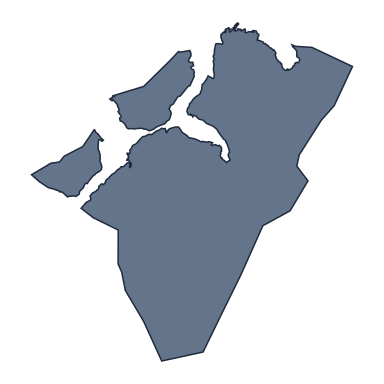 the district of Kvalsund nor, Finnmark, Norway
{"feature_id": "86288312B73614960684794", "entity_name": "Kvalsund nor", "entity_type": "district", "adm_level": 2, "iso_a3": "NOR", "parent_name": "Norway", "parent_adm1": "Finnmark", "projection": "orthographic", "projection_center": [24.169, 70.397], "detail": "fine", "context": "isolated", "style": "filled", "palette": "slate", "viewbox_px": 384, "rotation_deg": 0, "n_neighbors": 0, "source": "geoboundaries", "source_scale": "gbopen_adm2", "svg_char_len": 5815}
<svg xmlns="http://www.w3.org/2000/svg" viewBox="0 0 384 384"><path d="M292.0,44.9L292.9,46.9L295.7,49.5L296.8,51.8L296.8,56.7L299.0,58.1L299.8,59.7L299.3,60.6L299.1,61.9L298.1,62.8L297.5,62.4L296.1,62.5L294.7,63.6L294.3,65.5L292.9,66.3L292.6,67.5L291.3,68.7L289.0,70.0L288.5,69.7L288.5,70.0L287.9,70.0L287.3,69.3L288.4,69.1L287.9,69.0L287.2,69.2L287.8,70.1L285.3,70.4L282.9,68.5L281.8,65.7L281.7,65.0L281.7,64.0L280.8,63.7L280.7,63.5L280.8,63.3L280.7,62.9L279.8,62.0L278.9,61.9L278.6,61.2L276.5,58.8L275.8,56.4L275.1,55.0L275.1,54.4L275.7,54.0L275.9,53.1L275.0,51.3L273.0,49.8L273.1,49.7L272.2,49.7L272.4,49.6L272.2,49.1L271.4,48.1L270.0,48.0L268.2,45.8L265.2,43.6L263.8,43.5L263.2,42.1L259.7,40.6L257.4,40.4L257.3,39.6L258.1,38.6L257.6,38.1L257.6,37.0L258.5,36.2L258.8,35.1L258.7,34.4L257.0,33.1L256.3,31.2L255.9,31.0L253.2,30.5L252.9,30.7L253.7,30.8L253.0,31.2L253.5,31.8L252.5,31.6L251.9,31.8L252.1,32.0L251.2,32.0L249.3,31.6L245.8,32.8L245.1,32.4L245.1,31.9L245.5,31.0L245.4,29.9L245.3,29.4L244.7,29.0L244.1,29.2L243.2,30.2L242.1,30.3L241.5,31.1L240.9,30.7L240.8,30.2L240.9,29.4L239.5,29.7L239.5,29.2L239.3,29.2L238.8,29.7L238.0,28.7L237.9,28.8L238.0,29.0L237.7,29.8L236.8,30.6L235.4,31.2L234.7,30.6L235.9,27.9L236.0,27.0L237.6,25.3L238.0,24.4L238.0,24.1L238.4,24.1L238.5,23.5L237.4,23.0L236.8,23.5L237.7,24.0L235.9,24.5L236.0,24.8L235.3,25.0L234.3,26.3L234.5,26.7L234.4,27.0L235.2,27.3L234.2,27.6L234.6,27.7L234.0,28.7L234.0,28.3L233.8,28.3L232.7,29.1L232.1,29.6L231.8,30.5L230.2,32.0L229.7,32.0L229.2,31.1L229.5,30.6L229.6,30.0L230.4,29.1L229.1,29.2L228.8,28.7L229.0,27.9L228.7,27.7L228.1,28.1L228.5,28.4L227.7,28.3L227.7,28.6L226.6,29.0L225.5,29.1L225.4,29.3L225.5,29.8L225.2,30.3L225.8,30.8L225.1,31.3L225.7,31.5L226.0,31.7L226.0,32.0L224.0,32.0L224.2,32.5L222.4,33.0L222.1,34.0L221.1,34.4L220.9,34.9L220.9,37.0L222.1,41.0L223.1,42.0L222.4,44.1L218.1,43.6L216.0,43.8L215.4,45.0L214.4,50.7L214.3,53.9L213.3,55.9L213.4,57.6L214.4,58.9L213.2,61.1L213.9,64.4L213.4,69.8L214.3,74.6L214.1,77.3L213.3,78.7L208.1,75.9L207.1,78.3L203.8,83.2L202.2,84.5L201.6,90.1L200.5,91.7L200.2,93.8L195.6,96.9L192.8,99.6L191.8,101.4L189.4,104.0L189.4,105.9L187.6,108.3L186.9,111.6L188.3,114.6L190.6,115.1L190.6,114.2L191.6,114.7L192.8,116.9L193.7,115.4L195.7,116.0L199.0,119.2L202.4,119.9L204.1,121.1L206.6,123.5L212.6,125.9L216.8,129.2L218.3,132.0L223.6,139.2L225.2,140.0L226.3,142.8L227.3,144.4L229.1,150.0L229.5,152.3L228.6,153.4L228.1,155.5L230.1,159.9L226.4,162.5L224.9,160.9L222.4,159.3L222.1,158.6L222.2,158.3L221.8,158.3L220.4,156.5L220.1,155.7L220.9,153.6L220.5,152.7L220.8,152.4L220.7,152.1L221.6,151.1L221.4,150.0L221.7,148.3L220.7,146.4L219.2,145.3L218.4,145.9L215.3,144.6L211.8,145.5L211.3,145.0L211.9,144.1L211.8,143.0L213.2,142.8L208.9,141.7L207.6,142.1L204.0,141.8L202.6,141.3L200.8,141.9L198.9,140.6L194.6,138.8L188.6,137.6L187.2,135.7L182.3,132.5L179.7,128.4L178.5,127.0L174.9,127.1L169.5,128.7L168.1,130.2L166.7,132.7L167.0,131.3L166.5,131.0L166.8,131.6L166.4,132.5L166.2,132.3L166.0,131.1L166.0,130.5L165.7,130.5L165.2,128.5L163.2,128.7L161.7,128.2L159.4,129.9L156.1,131.2L151.5,134.8L150.5,134.3L148.2,134.5L145.8,136.0L142.7,136.7L139.8,139.5L136.6,143.3L135.6,144.1L132.6,145.5L131.6,147.9L129.8,150.2L129.7,150.6L130.1,151.1L130.2,152.0L129.5,153.4L128.7,153.9L128.1,153.2L127.6,153.1L127.1,153.4L127.0,153.8L127.8,154.0L127.7,154.9L128.0,155.5L128.4,155.4L128.6,156.1L128.3,157.3L128.4,158.1L127.4,158.8L126.7,160.2L127.0,160.5L128.5,159.8L129.1,161.1L130.1,162.0L131.2,163.8L131.3,164.4L131.3,165.4L130.9,166.3L129.7,167.6L129.4,167.5L129.8,166.0L129.8,164.0L129.5,163.2L128.3,162.6L127.1,163.1L124.0,166.3L122.5,166.9L121.3,166.6L120.8,166.9L120.7,167.3L119.5,168.6L117.4,169.9L115.0,172.6L111.7,174.6L111.3,175.3L109.5,176.8L109.2,177.7L106.6,179.5L105.5,181.2L105.5,182.0L104.5,183.7L103.3,184.6L102.8,184.6L102.5,183.9L102.0,183.9L100.7,184.4L100.3,185.2L99.0,186.2L98.6,187.1L98.7,187.8L98.6,188.9L98.4,189.1L96.9,190.1L96.6,190.7L94.3,192.2L92.7,192.8L90.1,195.8L90.1,196.7L90.6,197.4L90.6,198.0L90.6,198.4L90.7,199.3L90.6,200.0L86.1,202.5L81.1,208.3L93.5,217.9L118.2,230.0L118.1,264.0L121.7,272.2L125.3,290.4L143.7,321.5L161.7,361.0L203.1,352.0L218.6,320.1L241.0,274.6L262.9,225.7L290.1,210.8L308.0,180.9L296.8,166.1L299.3,154.8L321.4,120.1L334.2,105.7L352.5,66.5L312.0,47.4L295.7,46.3L292.0,44.9ZM112.9,95.8L112.2,98.0L111.6,97.9L109.8,99.0L111.6,100.6L112.3,100.7L112.9,99.8L113.6,100.2L117.5,104.8L117.5,106.5L118.6,108.0L118.9,108.9L118.9,110.6L118.0,111.6L119.8,114.3L121.3,116.1L121.0,117.5L119.7,117.9L119.7,119.0L120.3,121.1L121.6,121.1L124.5,123.6L127.1,128.2L129.0,128.9L130.2,128.5L135.2,129.0L136.6,128.5L142.1,128.3L144.0,129.2L146.2,129.1L148.3,130.5L149.8,130.7L153.6,129.2L155.9,127.4L158.2,126.2L164.9,123.7L166.9,121.2L169.3,119.7L171.3,113.6L170.6,111.4L168.9,108.7L169.9,107.7L170.5,105.5L173.0,104.3L177.9,96.7L180.4,95.9L188.1,86.4L190.0,85.7L194.3,76.1L193.7,74.2L194.4,72.8L193.8,70.1L191.0,68.4L191.1,66.9L193.6,65.7L192.7,62.2L189.9,62.5L188.3,61.0L189.2,58.9L191.0,55.9L190.9,53.1L189.7,50.5L182.5,51.8L179.1,52.1L178.7,51.5L178.2,51.8L169.8,60.8L143.7,86.4L114.0,95.5L114.4,96.3L112.9,95.8ZM31.5,174.7L39.4,181.7L48.4,187.7L54.0,189.1L56.4,190.2L58.0,190.4L59.6,191.9L60.4,191.5L61.2,192.1L62.2,192.1L67.7,197.0L68.7,196.4L73.5,195.9L76.0,196.4L79.0,194.4L79.5,192.7L79.4,191.6L83.5,187.6L84.3,185.1L85.5,183.5L87.4,183.5L88.3,181.8L93.2,175.7L94.4,175.1L95.9,173.4L99.6,171.3L101.4,169.4L101.8,167.3L101.6,165.8L101.3,164.3L100.2,161.9L99.9,160.8L100.3,159.6L100.0,153.9L99.4,152.9L99.3,151.4L98.3,150.0L98.1,146.3L98.4,142.7L98.6,140.1L99.8,139.7L100.9,140.1L101.4,141.0L102.1,141.3L103.4,140.0L101.0,138.1L98.0,134.0L95.8,132.3L94.7,129.9L94.2,129.7L82.8,146.5L64.2,156.2L59.5,162.0L50.9,163.2L31.5,174.7Z" fill="#64748b" stroke="#1e293b" stroke-width="1.5"/></svg>